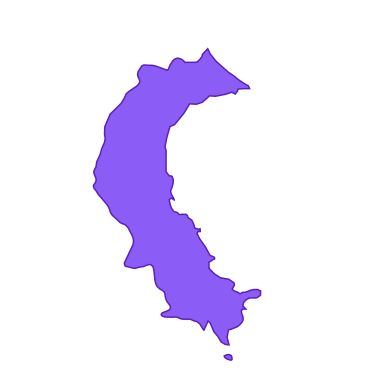 map outline of Kōchi (Mercator projection), rotated 295°
{"feature_id": "JPN-1834", "entity_name": "Kōchi", "entity_type": "Prefecture", "adm_level": 1, "iso_a3": "JPN", "parent_name": "Japan", "parent_adm1": "", "projection": "mercator", "projection_center": [133.234, 33.28], "detail": "fine", "context": "isolated", "style": "filled", "palette": "violet", "viewbox_px": 384, "rotation_deg": 295, "n_neighbors": 0, "source": "natural_earth", "source_scale": "10m", "svg_char_len": 3146}
<svg xmlns="http://www.w3.org/2000/svg" viewBox="0 0 384 384"><g transform="rotate(295 192 192)"><path d="M328.5,145.7L325.0,149.9L320.6,158.7L315.9,174.4L314.8,181.4L313.4,186.7L313.0,189.2L312.3,194.0L312.1,198.2L310.0,200.5L307.1,194.3L304.6,190.2L302.4,190.6L299.0,189.7L299.3,185.9L295.0,181.4L288.8,173.0L286.5,167.1L282.0,165.4L277.7,163.4L273.5,159.0L270.9,152.6L260.0,151.4L245.7,147.7L242.0,144.4L231.6,146.0L221.5,148.4L218.7,151.0L212.1,154.0L199.5,159.9L197.1,164.3L197.8,167.3L195.4,169.7L191.5,171.3L187.9,171.9L185.4,172.0L183.8,172.3L182.5,173.1L180.9,174.6L178.1,178.7L177.3,179.1L177.7,175.8L176.7,175.3L175.6,174.6L172.5,176.6L168.9,179.9L166.6,183.7L167.2,187.4L166.2,189.6L166.6,191.1L167.6,192.4L168.2,193.7L168.4,194.6L169.0,195.3L169.2,196.2L168.9,197.5L168.3,198.2L167.5,198.7L167.2,199.4L166.4,203.7L164.5,206.1L162.3,208.3L160.5,209.5L160.9,213.6L162.1,214.8L159.7,216.3L158.7,214.2L156.6,214.0L152.7,218.9L147.6,227.8L143.7,233.0L142.1,235.4L142.4,238.3L142.2,240.0L141.0,240.8L138.6,239.0L135.3,237.0L129.9,239.9L127.3,246.8L126.2,253.8L128.5,262.2L127.4,268.5L125.5,269.8L121.0,269.5L120.1,271.6L120.5,274.8L120.1,278.7L122.3,280.1L123.4,282.3L124.7,283.8L127.7,286.5L129.7,289.2L131.3,292.5L131.4,296.0L127.4,297.7L124.6,296.2L123.4,295.3L122.6,294.0L121.1,290.4L120.3,289.0L117.6,286.8L113.8,285.5L110.4,286.1L108.6,290.2L107.2,287.2L105.0,287.0L102.7,288.6L100.5,290.9L97.8,292.4L94.6,292.3L91.6,291.3L89.3,290.2L85.0,286.2L82.2,283.3L74.9,285.3L69.1,290.2L67.9,286.4L68.5,281.5L72.0,276.6L74.6,270.9L79.3,265.8L81.2,263.4L81.8,261.1L71.1,261.2L71.6,261.2L75.6,255.0L76.2,253.2L76.6,251.2L76.0,247.9L76.0,244.1L73.1,238.0L72.4,235.8L72.2,233.8L72.4,231.5L71.6,229.5L70.4,227.5L67.6,221.1L67.1,219.1L67.0,217.4L67.7,215.9L69.9,216.1L74.3,220.3L76.2,221.5L78.1,221.4L79.7,220.1L82.4,215.3L84.2,213.2L88.2,210.5L89.5,209.4L89.9,208.1L90.3,206.4L90.4,204.4L91.0,202.1L91.8,200.0L93.5,198.0L96.2,195.8L105.2,190.4L107.9,188.1L108.7,185.6L108.1,183.7L106.7,182.0L104.8,180.4L103.4,178.8L102.4,177.0L101.2,175.5L99.7,173.8L98.4,172.1L97.9,169.9L97.6,167.6L96.6,163.4L97.3,161.8L99.1,160.7L119.3,160.8L122.4,159.9L124.8,158.6L127.4,156.0L132.6,149.2L133.7,146.8L134.1,144.9L133.8,141.4L134.0,139.3L135.7,134.8L136.3,132.3L137.3,129.4L138.8,127.0L142.1,123.9L143.8,121.7L145.2,119.2L150.0,108.5L152.8,104.1L153.7,102.2L154.8,100.7L156.5,99.9L159.5,100.4L161.7,100.3L163.8,99.2L167.0,95.7L168.8,94.4L171.5,94.2L174.0,94.4L179.1,92.9L186.7,92.9L193.4,91.9L199.9,91.7L203.9,90.7L207.2,88.4L214.2,85.4L227.8,84.9L242.6,90.4L249.0,91.0L250.7,90.9L253.5,91.0L256.4,92.3L264.6,97.2L268.0,98.2L270.4,97.9L272.2,96.2L273.6,94.4L275.5,93.0L278.4,92.3L285.3,93.3L286.8,94.7L288.3,98.6L289.3,100.8L290.1,102.8L290.7,105.0L291.9,117.9L293.0,118.7L298.3,118.5L303.1,119.2L305.6,120.5L307.2,122.2L307.7,124.3L307.9,126.3L307.6,128.1L306.6,131.0L310.6,139.5L312.1,141.8L316.3,143.3L319.1,143.8L321.2,143.3L328.5,145.7ZM58.9,292.1L60.0,293.5L60.4,295.2L60.3,296.7L59.1,298.0L57.0,299.1L56.0,298.3L55.6,295.9L55.5,293.6L56.1,291.4L56.9,290.5L57.8,291.1L58.3,291.5L58.9,292.1Z" fill="#8b5cf6" stroke="#5b21b6" stroke-width="1.5"/></g></svg>